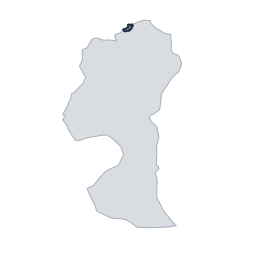 location of Līdumnieku pag., Ciblas, Latvia, rotated 261°
{"feature_id": "27541924B2315462302714", "entity_name": "Līdumnieku pag.", "entity_type": "district", "adm_level": 2, "iso_a3": "LVA", "parent_name": "Latvia", "parent_adm1": "Ciblas", "projection": "orthographic", "projection_center": [28.057, 56.586], "detail": "fine", "context": "in_parent", "style": "filled", "palette": "slate", "viewbox_px": 256, "rotation_deg": 261, "n_neighbors": 0, "source": "geoboundaries", "source_scale": "gbopen_adm2", "svg_char_len": 3624}
<svg xmlns="http://www.w3.org/2000/svg" viewBox="0 0 256 256"><g transform="rotate(261 128 128)"><path d="M184.7,191.2L183.2,190.9L179.1,189.2L175.6,186.7L173.6,183.4L170.1,178.9L167.8,176.5L164.2,173.6L158.1,167.6L155.9,166.2L145.0,163.3L141.1,161.9L137.7,155.3L136.7,151.4L135.0,150.6L133.0,151.4L130.8,152.0L125.7,156.2L124.0,156.8L121.0,156.6L113.8,157.2L110.6,155.4L105.0,153.3L102.0,152.8L99.3,152.7L87.4,150.1L85.1,151.9L82.8,152.1L80.9,149.0L78.3,147.9L75.2,148.7L69.9,148.4L63.6,147.0L55.6,145.6L54.3,145.8L45.0,148.8L42.7,149.2L32.3,154.9L24.0,160.2L24.1,150.3L26.6,130.7L28.7,121.1L34.5,116.0L37.6,111.8L39.7,106.1L40.7,100.7L42.2,96.3L51.0,84.1L57.0,83.2L65.4,80.4L74.6,78.1L76.0,82.1L76.7,85.0L86.8,96.4L89.3,100.2L92.6,112.7L102.4,119.6L110.6,118.1L114.3,115.3L121.0,110.1L124.1,106.2L124.9,102.4L124.7,85.6L123.3,78.3L124.2,73.8L125.3,74.1L128.1,72.1L137.0,68.5L138.8,68.4L140.8,67.6L146.5,64.8L148.2,66.5L149.6,68.4L150.4,68.5L150.8,67.8L150.8,66.6L151.2,65.8L152.7,66.3L158.9,71.6L161.4,72.9L163.0,73.3L165.0,75.7L170.4,77.4L171.0,78.7L171.4,80.2L176.4,86.8L178.6,90.1L183.1,93.1L185.1,93.9L193.2,91.0L195.5,90.0L197.3,90.0L199.2,91.6L203.4,93.8L207.3,94.5L208.1,94.4L211.4,94.6L212.5,95.5L213.3,99.6L217.0,102.8L220.5,105.5L221.4,106.7L221.6,109.1L221.4,111.9L221.0,113.3L219.5,115.0L218.2,119.2L218.0,123.2L215.9,130.1L216.4,130.2L220.7,129.0L221.9,129.7L222.8,131.3L223.1,135.6L224.5,137.5L225.9,140.6L226.4,143.0L229.2,145.8L229.4,147.6L231.1,154.1L231.7,157.8L232.0,160.7L231.2,164.4L230.5,166.8L229.6,166.7L227.1,167.3L223.1,170.3L217.2,177.3L215.7,178.9L214.1,184.2L213.7,184.8L210.3,184.5L209.3,184.3L205.9,184.4L198.4,182.9L195.4,183.8L191.5,189.2L190.0,189.9L185.5,190.6L184.7,191.2Z" fill="#d9dde1" stroke="#a8b0b8" stroke-width="1"/><path d="M223.9,142.7L224.0,142.9L223.9,143.1L224.0,143.4L224.0,143.5L223.9,143.6L224.0,143.7L223.9,143.7L223.9,143.8L223.8,144.0L223.7,144.1L223.6,144.3L223.7,144.5L223.8,144.5L223.9,144.4L224.0,144.3L224.1,144.5L224.3,144.7L224.3,144.8L224.6,144.9L224.9,144.9L225.0,145.0L225.2,145.3L225.0,145.5L224.9,145.7L224.9,145.8L224.9,146.0L224.7,146.1L224.6,146.3L224.6,146.5L224.7,146.3L224.7,146.2L225.0,146.4L225.1,146.6L225.4,147.1L225.5,147.1L225.8,147.3L226.1,147.4L226.4,147.5L226.5,147.4L226.6,147.7L226.7,147.8L227.1,147.9L227.2,148.0L227.3,148.0L227.6,148.2L227.9,148.5L228.0,148.6L228.0,148.9L228.1,149.0L228.4,149.1L228.5,149.0L228.5,148.6L228.4,148.5L228.6,148.4L228.8,148.3L229.0,148.4L229.0,148.5L229.3,148.6L229.4,148.4L229.5,148.4L229.5,148.5L229.5,148.4L229.8,148.4L229.9,148.2L230.1,147.8L229.8,147.4L229.3,147.7L229.2,147.8L229.1,147.7L228.9,147.6L228.9,147.4L228.9,147.2L229.0,147.0L229.0,146.9L228.9,146.9L228.9,146.7L229.0,146.6L229.0,146.4L229.1,146.1L229.2,145.9L229.5,145.8L229.8,145.7L230.0,145.6L230.3,145.5L230.3,145.4L230.2,145.2L230.1,144.8L230.2,144.7L230.3,144.4L230.2,144.3L230.1,144.2L229.9,143.9L229.7,143.9L229.4,143.9L229.2,143.9L228.8,143.8L228.7,143.8L228.6,143.7L228.4,143.7L228.2,143.7L227.9,143.7L227.8,143.8L227.7,143.8L227.7,143.6L227.4,143.5L227.4,143.4L227.3,142.5L227.1,142.3L226.9,141.9L226.5,141.0L226.5,140.7L226.6,139.2L226.4,139.0L226.3,138.8L226.2,138.6L226.1,138.4L225.9,138.3L225.7,138.3L225.6,138.5L225.4,138.7L225.3,138.8L225.2,138.9L225.2,139.0L224.9,139.1L224.8,139.3L224.7,139.3L224.5,139.5L224.3,139.5L224.2,139.5L224.1,139.4L224.0,139.5L223.9,139.5L223.7,139.7L223.7,139.8L223.7,140.0L223.7,140.3L223.6,140.5L223.7,140.8L223.8,141.0L223.9,141.3L224.0,141.3L224.0,141.5L224.0,141.8L223.9,141.8L223.8,142.0L223.8,142.3L223.8,142.5L223.9,142.7Z" fill="#64748b" stroke="#1e293b" stroke-width="1.5"/></g></svg>